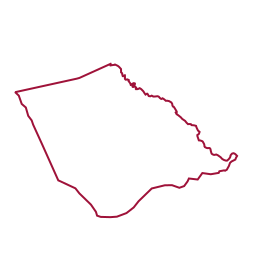 outline of St. Tammany, Louisiana, United States of America, rotated 336°
{"feature_id": "52423323B29403129163195", "entity_name": "St. Tammany", "entity_type": "district", "adm_level": 2, "iso_a3": "USA", "parent_name": "United States of America", "parent_adm1": "Louisiana", "projection": "mercator", "projection_center": [-89.763, 30.431], "detail": "fine", "context": "isolated", "style": "outline", "palette": "rose", "viewbox_px": 256, "rotation_deg": 336, "n_neighbors": 0, "source": "geoboundaries", "source_scale": "gbopen_adm2", "svg_char_len": 2579}
<svg xmlns="http://www.w3.org/2000/svg" viewBox="0 0 256 256"><g transform="rotate(336 128 128)"><path d="M138.2,62.3L104.0,62.5L101.3,62.1L40.1,49.5L39.7,49.9L41.4,54.0L40.7,62.8L43.0,67.7L41.8,76.3L43.1,81.9L42.7,86.4L42.9,107.8L43.0,146.9L43.0,147.5L43.4,147.9L55.4,161.7L57.0,168.0L63.0,183.0L64.6,191.6L64.1,195.5L66.9,198.1L75.7,202.3L81.8,204.5L92.0,205.1L100.9,202.9L107.9,199.2L125.1,192.9L138.3,195.3L144.9,198.1L150.6,203.5L155.7,203.9L160.7,201.0L163.1,198.9L170.7,203.4L177.6,199.4L184.8,203.9L192.6,205.9L193.9,204.7L198.6,205.8L199.3,206.5L201.3,206.3L204.9,203.6L205.8,202.6L207.1,201.3L209.0,200.7L213.2,200.5L214.7,199.0L216.3,197.9L215.5,195.7L214.9,194.7L214.2,194.0L212.9,193.7L212.2,193.9L210.9,194.5L210.4,194.9L210.0,195.6L209.1,196.5L207.2,197.5L205.3,198.1L204.3,197.7L202.8,196.4L201.6,194.8L201.2,193.9L200.8,192.5L198.9,189.3L197.8,188.1L196.3,187.8L195.6,187.5L195.1,187.1L194.3,186.1L194.0,185.4L194.0,184.9L194.3,182.7L194.7,181.0L194.7,180.1L194.2,179.4L192.4,178.7L191.6,178.1L190.5,176.7L190.4,175.8L190.6,175.4L191.0,173.8L190.8,171.2L190.6,170.4L189.1,168.9L187.7,168.1L188.1,163.6L188.4,162.8L188.5,162.6L189.9,162.4L190.5,162.1L191.8,160.7L191.7,160.4L190.9,158.8L190.8,155.5L191.0,153.7L189.4,152.4L187.2,151.2L187.1,150.3L186.9,150.0L185.4,149.2L184.4,148.9L183.6,146.9L183.1,144.8L181.2,141.7L180.6,139.7L179.1,136.8L178.5,135.9L178.0,135.1L177.9,133.2L178.3,133.1L178.6,133.5L178.8,133.6L179.2,132.8L178.7,128.7L178.4,127.2L178.0,127.0L177.7,125.7L178.2,123.9L178.0,122.3L176.5,120.2L176.4,120.1L175.0,119.1L173.6,118.5L172.7,116.5L171.7,115.0L171.6,114.9L171.0,115.1L170.2,115.0L169.3,113.5L168.9,112.0L168.1,111.1L167.7,110.9L165.7,110.3L163.8,109.5L163.7,109.2L162.8,108.1L161.3,108.1L160.0,107.3L159.9,107.1L159.8,105.1L159.4,104.4L157.6,104.6L157.2,102.7L157.0,101.0L156.8,100.3L155.9,97.9L154.9,96.4L154.7,96.3L153.8,96.5L152.7,96.4L152.1,96.2L151.4,95.9L151.1,95.8L151.0,95.5L151.1,95.3L151.4,95.3L151.9,95.1L151.9,94.4L151.3,93.0L149.3,92.6L149.0,92.3L149.0,91.8L149.3,91.2L149.6,91.0L149.9,91.0L150.7,91.5L151.8,91.1L152.3,90.5L152.4,90.2L152.3,89.9L151.3,89.3L149.9,89.4L149.0,89.7L148.4,89.9L148.0,89.8L148.0,89.5L148.3,88.6L147.6,85.1L147.8,84.9L148.1,84.8L148.2,84.4L147.0,83.2L146.0,83.1L145.5,82.9L145.2,82.1L145.2,81.7L145.8,80.6L146.4,79.1L146.6,78.6L146.2,78.4L145.9,78.4L144.8,78.8L144.3,78.5L144.5,76.8L144.9,75.7L144.8,75.3L144.3,74.4L145.6,71.3L144.7,68.5L143.9,67.0L141.9,64.7L141.2,64.8L140.1,64.4L137.4,63.7L137.3,63.2L137.8,62.7L138.2,62.5L138.2,62.3Z" fill="none" stroke="#9f1239" stroke-width="2"/></g></svg>